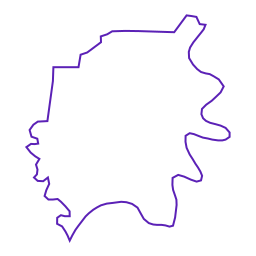 outline of São Carlos, Santa Catarina, Brazil
{"feature_id": "56859067B22531693326931", "entity_name": "São Carlos", "entity_type": "district", "adm_level": 2, "iso_a3": "BRA", "parent_name": "Brazil", "parent_adm1": "Santa Catarina", "projection": "natural_earth1", "projection_center": [-53.023, -27.032], "detail": "fine", "context": "isolated", "style": "outline", "palette": "violet", "viewbox_px": 256, "rotation_deg": 0, "n_neighbors": 0, "source": "geoboundaries", "source_scale": "gbopen_adm2", "svg_char_len": 1744}
<svg xmlns="http://www.w3.org/2000/svg" viewBox="0 0 256 256"><path d="M205.5,24.8L199.7,24.1L196.4,16.9L191.2,16.0L186.6,15.4L174.2,32.2L170.5,32.1L139.3,31.1L125.4,30.9L112.2,31.3L107.2,34.3L100.8,36.4L101.0,42.2L87.2,52.5L80.6,54.7L78.5,67.2L53.4,67.2L52.9,81.1L47.4,121.1L37.8,121.6L33.4,124.7L29.6,130.0L31.5,136.7L37.3,138.7L38.2,143.6L34.6,144.1L31.0,143.9L26.4,147.1L30.7,152.6L35.2,156.3L39.4,158.9L36.0,164.6L37.5,169.6L36.9,174.4L34.0,177.5L37.7,180.9L43.2,181.2L47.9,177.5L49.2,183.9L46.3,190.2L44.6,196.0L48.4,199.5L53.2,199.5L57.6,199.0L60.9,201.7L65.4,206.3L69.6,211.3L69.7,216.2L64.8,216.2L60.9,215.2L57.2,217.8L57.1,223.8L62.1,226.4L65.5,231.6L67.6,235.6L69.7,240.6L72.3,235.4L75.5,229.8L78.4,225.8L82.0,221.1L85.6,216.4L88.8,213.3L93.3,209.7L97.2,207.3L101.0,205.3L106.8,203.6L112.9,202.9L117.3,202.3L121.2,201.8L126.4,202.2L132.1,203.9L137.5,207.6L140.7,213.4L143.8,218.9L148.8,223.1L153.2,224.5L157.3,224.9L161.8,224.9L165.4,225.4L169.5,226.6L173.0,225.7L175.1,217.5L175.8,211.7L176.6,205.0L176.4,199.7L175.1,195.7L173.1,189.9L172.4,184.9L172.6,177.9L178.2,174.9L184.1,176.6L191.0,179.7L196.6,181.6L201.0,180.4L202.1,175.8L200.4,171.6L198.0,167.5L195.4,163.7L192.8,159.3L189.7,154.5L186.6,147.8L185.5,141.8L185.6,135.8L189.7,133.2L193.9,134.1L198.7,136.0L202.9,137.6L207.8,138.5L212.3,139.6L218.1,140.4L222.3,140.4L225.6,139.6L229.6,136.9L229.6,132.5L225.6,127.9L220.6,125.6L215.6,124.2L210.1,122.8L206.0,120.9L203.1,118.3L201.4,114.2L202.0,108.9L206.2,104.7L211.7,100.8L215.8,97.0L220.6,92.4L223.7,86.4L218.8,79.4L213.2,76.0L209.7,74.1L205.7,73.4L201.0,72.0L197.2,69.1L193.0,64.5L189.1,58.1L188.8,51.9L190.1,47.5L193.3,42.4L198.3,36.1L201.3,32.4L203.7,29.3L205.5,24.8Z" fill="none" stroke="#5b21b6" stroke-width="2"/></svg>